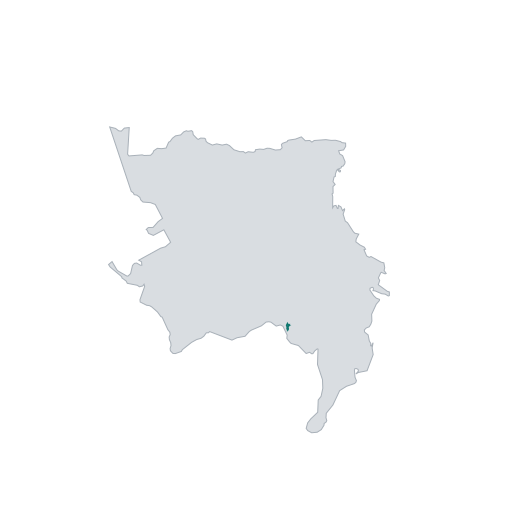 Bochalema, Norte de Santander, Colombia shown in context, rotated 151°
{"feature_id": "7082276B10229211871917", "entity_name": "Bochalema", "entity_type": "district", "adm_level": 2, "iso_a3": "COL", "parent_name": "Colombia", "parent_adm1": "Norte de Santander", "projection": "mercator", "projection_center": [-72.657, 7.644], "detail": "fine", "context": "in_parent", "style": "filled", "palette": "teal", "viewbox_px": 512, "rotation_deg": 151, "n_neighbors": 0, "source": "geoboundaries", "source_scale": "gbopen_adm2", "svg_char_len": 4748}
<svg xmlns="http://www.w3.org/2000/svg" viewBox="0 0 512 512"><g transform="rotate(151 256 256)"><path d="M291.7,85.0L287.0,87.0L277.8,89.4L271.4,99.9L267.1,101.7L261.7,107.9L257.8,115.6L254.8,131.3L246.9,144.5L247.5,145.1L250.7,144.5L253.6,143.0L254.7,143.5L255.8,145.8L259.4,146.4L262.3,157.1L267.7,162.5L268.3,164.6L269.0,169.0L267.1,171.7L266.5,181.5L268.2,183.9L272.3,184.9L275.0,190.9L276.7,192.3L279.2,193.3L285.1,192.3L295.9,193.4L298.5,193.2L304.5,191.1L312.2,193.7L317.8,194.1L333.2,212.4L334.8,211.9L336.7,212.9L340.6,211.1L344.0,210.7L348.4,211.7L354.2,211.7L365.8,209.8L367.6,208.7L374.0,209.8L375.9,211.1L376.8,214.6L376.0,216.7L373.8,218.8L372.6,221.5L372.3,224.8L371.2,227.3L369.1,228.9L368.3,231.2L368.8,234.2L367.7,248.0L368.6,249.1L369.3,254.8L371.9,262.1L373.2,264.2L375.5,265.9L379.6,271.9L378.7,274.0L368.1,283.4L367.6,285.6L369.6,284.7L372.9,285.6L374.0,287.9L381.8,294.5L381.7,297.0L383.9,301.9L383.5,303.0L388.9,317.1L389.1,320.0L384.6,320.9L384.4,311.4L383.8,309.5L378.7,301.1L377.6,300.5L374.2,301.4L368.6,307.6L365.9,308.5L363.8,307.7L361.6,304.0L360.3,303.3L358.9,306.4L360.6,309.2L335.6,309.1L330.7,308.0L324.0,309.4L323.9,323.6L335.8,323.8L339.0,327.9L338.7,331.2L339.2,332.4L336.4,333.1L332.2,330.9L324.9,333.5L319.5,334.2L319.1,349.9L322.4,353.8L328.7,358.0L329.6,360.9L329.2,363.6L330.7,367.0L332.8,368.7L332.7,370.8L333.8,373.0L321.4,439.8L317.0,435.7L315.4,432.0L313.2,430.5L309.1,431.7L304.6,429.8L319.0,407.2L318.6,405.1L306.5,399.6L305.2,398.2L299.4,395.2L296.3,396.1L294.4,397.6L290.1,398.0L286.5,395.6L282.3,394.0L277.2,397.9L275.7,397.8L272.0,399.5L268.2,400.1L263.1,398.4L259.1,399.6L256.2,399.3L255.1,398.1L251.5,396.8L251.1,395.3L252.1,392.5L250.6,387.0L250.0,386.0L247.3,386.0L244.0,384.0L243.4,382.8L244.1,380.5L243.5,378.6L240.4,374.2L236.0,373.1L231.8,369.4L227.6,368.1L225.7,365.5L223.8,359.6L219.5,355.0L216.4,353.4L215.4,351.2L212.3,351.0L208.1,348.0L206.2,347.8L204.9,349.2L200.9,347.7L197.6,345.5L194.1,344.9L191.8,343.5L187.7,339.3L183.2,337.2L180.7,338.0L179.8,341.1L178.3,341.7L173.2,340.9L172.3,341.6L171.0,341.4L164.8,339.1L158.6,338.2L157.0,332.9L153.0,331.0L151.9,328.5L149.1,328.8L138.5,323.9L134.1,320.6L130.4,318.7L126.5,315.0L125.9,313.5L122.9,311.3L124.4,308.4L128.0,306.3L132.7,308.0L133.3,304.7L131.6,301.8L132.4,295.2L133.6,293.7L136.2,292.4L137.8,292.9L138.8,291.8L142.7,292.3L143.9,291.8L146.8,289.2L148.1,287.1L149.4,287.3L152.6,283.7L152.1,280.2L155.0,279.4L158.1,273.6L159.4,273.4L160.1,270.7L165.6,261.0L163.6,262.1L161.5,261.5L161.8,258.2L161.2,257.8L159.4,260.3L157.9,257.8L158.3,253.7L155.8,254.4L156.0,253.5L159.5,250.4L161.0,243.3L159.8,240.7L159.1,230.0L158.5,228.0L155.5,225.3L160.1,222.3L161.8,220.0L159.7,215.2L157.0,211.2L156.9,208.8L158.5,209.1L159.2,202.4L157.6,199.9L155.7,199.8L149.6,190.0L147.5,188.0L149.1,183.3L151.0,181.2L150.6,177.6L151.8,177.8L154.4,181.1L155.5,180.5L159.6,177.5L159.7,174.6L163.0,171.6L158.3,161.5L156.8,159.9L158.6,156.7L159.7,156.9L161.5,160.0L164.4,162.1L168.7,167.7L170.5,169.0L169.2,170.2L168.9,171.5L169.5,172.3L171.9,172.5L172.9,170.9L172.3,164.1L171.2,160.7L169.0,158.2L169.7,157.2L174.1,155.6L183.1,149.0L186.2,142.9L188.6,140.7L191.3,139.2L194.5,139.6L197.1,138.8L197.9,136.8L196.2,132.6L198.1,126.7L198.0,123.8L199.3,122.0L198.8,121.3L195.6,123.4L199.0,119.3L201.3,113.0L214.5,101.8L223.0,104.5L225.8,104.4L222.2,105.7L221.7,107.4L222.9,109.0L224.2,109.5L225.3,108.4L228.2,101.9L228.6,98.3L229.9,97.1L231.7,96.7L240.1,98.2L248.1,97.7L261.0,88.4L270.8,84.4L273.2,80.6L273.9,77.7L275.6,76.6L277.5,76.6L278.6,75.0L283.1,72.5L287.9,72.2L293.0,74.4L295.4,78.2L295.7,80.9L291.7,85.0ZM142.8,291.1L142.3,291.6L141.1,290.7L140.7,289.7L141.4,288.8L142.3,289.1L142.8,291.1Z" fill="#d9dde1" stroke="#a8b0b8" stroke-width="1"/><path d="M260.5,179.3L260.7,179.5L260.8,179.5L260.7,179.5L260.8,179.5L260.7,179.6L260.8,179.6L260.8,179.8L260.9,180.0L260.9,180.3L261.0,180.5L261.1,180.8L261.2,181.0L261.3,181.1L261.3,181.3L261.3,181.5L261.4,181.4L261.5,181.4L261.8,181.3L261.8,181.2L262.0,181.0L262.0,180.9L262.3,180.8L262.5,180.8L262.6,180.7L262.8,180.6L262.9,180.4L262.9,180.2L263.0,180.0L263.0,179.9L263.0,179.7L263.0,179.4L263.0,179.2L263.0,178.9L263.1,178.7L263.3,178.7L263.4,178.4L263.5,178.3L263.5,178.2L263.5,177.9L263.7,177.7L263.8,177.7L264.0,177.6L264.1,177.4L264.2,177.2L264.1,176.9L263.9,176.7L264.0,176.4L264.1,176.2L263.9,176.3L263.7,176.4L263.6,176.2L263.5,176.3L263.4,176.3L263.3,176.5L263.2,176.6L263.0,176.8L263.0,177.0L263.0,177.3L262.9,177.4L262.9,177.5L262.8,177.8L262.7,177.9L262.7,178.0L262.4,178.3L262.3,178.5L262.2,178.5L262.0,178.8L261.9,178.8L261.7,179.0L261.4,179.2L261.2,179.2L261.1,179.3L260.9,179.3L260.9,179.2L260.7,179.1L260.6,179.3L260.5,179.3Z" fill="#14b8a6" stroke="#0f766e" stroke-width="1.5"/></g></svg>